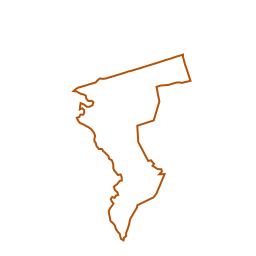 the district of Torres, Rio Grande do Sul, Brazil, rotated 218°
{"feature_id": "56859067B2834526967114", "entity_name": "Torres", "entity_type": "district", "adm_level": 2, "iso_a3": "BRA", "parent_name": "Brazil", "parent_adm1": "Rio Grande do Sul", "projection": "albers", "projection_center": [-49.804, -29.33], "detail": "fine", "context": "isolated", "style": "outline", "palette": "amber", "viewbox_px": 256, "rotation_deg": 218, "n_neighbors": 0, "source": "geoboundaries", "source_scale": "gbopen_adm2", "svg_char_len": 1993}
<svg xmlns="http://www.w3.org/2000/svg" viewBox="0 0 256 256"><g transform="rotate(218 128 128)"><path d="M137.9,93.5L135.7,95.4L133.4,94.5L130.4,94.4L128.0,94.0L125.8,93.7L124.0,92.1L120.8,92.6L118.4,91.1L116.6,89.6L114.9,87.3L112.8,86.1L110.6,85.6L107.0,84.8L105.3,86.8L103.1,85.7L100.6,82.9L102.0,80.9L101.9,77.2L103.1,73.2L100.3,71.1L96.8,70.8L94.5,69.2L95.9,67.2L95.5,64.8L98.0,63.9L97.8,61.4L95.5,60.1L93.1,59.7L92.7,56.7L92.7,54.0L92.0,50.6L90.1,48.7L88.1,47.1L86.3,45.5L84.4,43.9L81.4,43.8L78.4,43.1L74.9,40.7L71.7,39.8L69.5,39.6L67.7,38.1L65.1,36.3L62.4,36.7L63.6,39.2L62.9,41.7L64.9,44.2L66.4,49.0L67.8,52.8L69.3,55.5L70.4,58.4L72.0,71.0L73.1,72.9L65.2,89.0L65.2,93.9L70.8,114.2L74.8,110.8L74.5,114.6L76.3,116.0L79.4,113.9L85.4,113.3L85.4,115.8L87.9,116.2L90.0,116.7L91.8,114.5L97.1,116.8L103.1,119.6L111.2,123.2L122.1,135.5L112.4,149.8L116.8,161.1L117.7,163.3L119.5,168.1L130.8,177.9L128.4,181.6L122.7,186.8L117.9,193.5L115.6,195.6L113.3,196.7L107.8,203.7L119.3,211.4L121.5,212.7L126.2,216.2L128.5,217.9L129.8,219.7L132.6,215.7L133.9,213.9L135.3,211.8L136.6,209.7L138.1,207.6L140.4,204.4L141.8,202.2L143.7,199.4L145.2,197.2L146.8,194.9L148.9,191.9L151.0,188.9L153.1,185.9L155.1,182.9L156.5,181.0L158.3,178.4L159.7,176.4L161.1,174.4L162.6,172.8L163.9,170.5L165.9,167.7L167.7,165.1L169.6,162.4L171.1,160.2L172.7,158.0L174.4,155.6L176.1,153.2L178.0,151.3L180.7,149.7L181.4,146.3L181.5,144.0L182.8,142.1L184.8,139.5L186.8,136.5L188.3,134.4L190.3,131.6L191.9,129.5L193.1,126.7L193.6,123.5L191.2,125.1L188.3,125.5L185.7,126.0L183.7,127.1L181.2,127.5L179.0,125.5L175.9,124.8L173.5,127.0L171.1,127.0L170.0,124.1L171.3,121.1L173.6,119.4L177.2,119.4L180.7,118.5L179.0,115.5L177.4,113.0L176.3,115.3L173.7,115.1L172.0,113.3L171.5,110.9L173.7,109.3L173.2,106.7L174.6,104.5L171.7,103.0L168.7,102.4L164.6,103.5L161.9,103.8L159.5,104.3L156.3,104.4L153.7,103.8L151.8,103.2L149.1,101.6L147.7,98.6L146.3,96.9L144.2,96.3L141.7,94.4L137.9,93.5Z" fill="none" stroke="#b45309" stroke-width="2"/></g></svg>